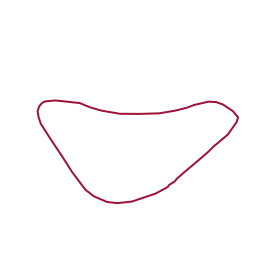 Satawal, Federated States of Micronesia (Robinson projection), rotated 216°
{"feature_id": "79324940B29452408429398", "entity_name": "Satawal", "entity_type": "district", "adm_level": 2, "iso_a3": "FSM", "parent_name": "Federated States of Micronesia", "parent_adm1": "", "projection": "robinson", "projection_center": [147.031, 7.38], "detail": "fine", "context": "isolated", "style": "outline", "palette": "rose", "viewbox_px": 256, "rotation_deg": 216, "n_neighbors": 0, "source": "geoboundaries", "source_scale": "gbopen_adm2", "svg_char_len": 645}
<svg xmlns="http://www.w3.org/2000/svg" viewBox="0 0 256 256"><g transform="rotate(216 128 128)"><path d="M111.5,158.1L127.6,145.7L143.0,134.7L159.6,126.5L170.9,122.4L181.7,119.8L202.8,107.7L210.5,101.0L212.2,97.9L212.6,93.4L211.0,88.4L206.8,84.3L201.1,80.2L184.6,73.7L165.3,66.6L147.0,59.4L126.1,53.0L115.4,52.7L101.5,55.8L92.4,61.0L81.7,70.7L73.5,82.2L67.1,91.2L61.2,103.6L61.2,106.2L58.7,112.6L58.7,115.4L56.8,124.0L50.7,148.8L49.1,155.9L47.8,163.7L44.3,177.8L43.4,181.3L43.6,196.7L45.2,201.3L53.1,203.3L65.2,202.8L72.1,200.7L78.4,196.6L88.2,185.3L92.5,178.7L100.3,169.5L111.5,158.1Z" fill="none" stroke="#9f1239" stroke-width="2"/></g></svg>